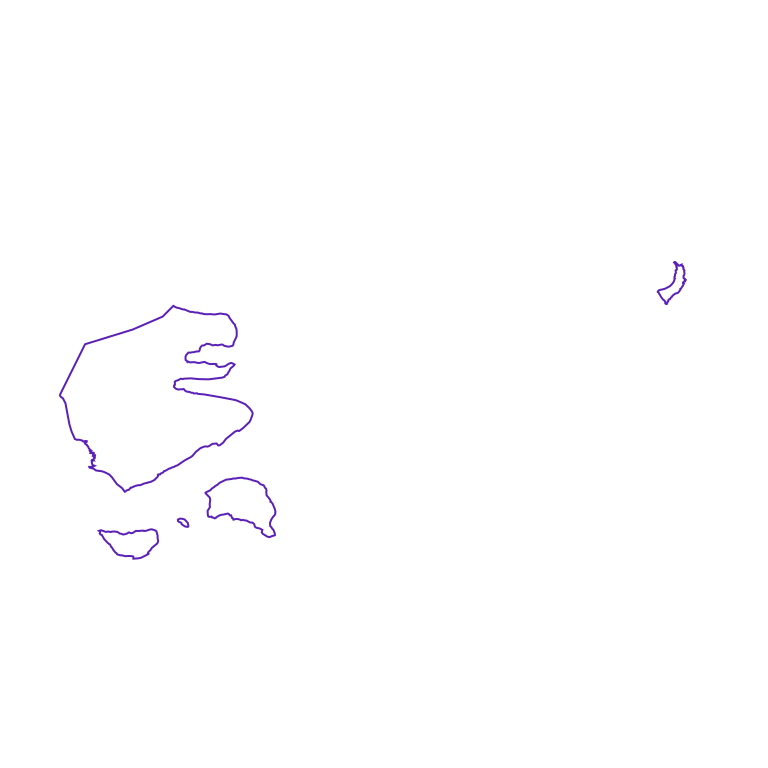 Buton Selatan, Sulawesi Tenggara, Indonesia (Equal Earth projection), rotated 257°
{"feature_id": "22746128B94245100908076", "entity_name": "Buton Selatan", "entity_type": "district", "adm_level": 2, "iso_a3": "IDN", "parent_name": "Indonesia", "parent_adm1": "Sulawesi Tenggara", "projection": "equal_earth", "projection_center": [122.673, -5.852], "detail": "fine", "context": "isolated", "style": "outline", "palette": "violet", "viewbox_px": 768, "rotation_deg": 257, "n_neighbors": 0, "source": "geoboundaries", "source_scale": "gbopen_adm2", "svg_char_len": 6071}
<svg xmlns="http://www.w3.org/2000/svg" viewBox="0 0 768 768"><g transform="rotate(257 384 384)"><path d="M445.5,65.7L444.1,66.3L442.3,67.9L437.0,69.3L415.5,68.4L408.1,68.9L400.0,70.4L398.7,72.2L398.3,74.4L396.8,77.3L396.0,77.5L395.8,78.3L395.4,78.6L395.7,80.1L395.2,81.5L394.5,81.3L394.3,80.1L393.9,79.4L393.6,79.2L392.6,79.6L391.7,80.8L390.9,80.8L389.7,81.6L387.6,81.9L385.5,83.3L385.1,82.2L384.5,82.4L384.3,83.6L382.7,82.4L382.5,82.8L382.6,84.5L381.6,84.7L382.3,85.4L382.2,85.7L382.0,85.8L380.4,84.6L379.9,85.0L379.6,86.4L378.9,86.1L379.5,85.0L379.2,84.3L377.7,85.6L377.4,85.1L376.9,85.4L376.6,85.3L376.5,84.5L375.8,83.6L375.1,83.9L375.7,82.5L375.3,81.9L374.6,81.8L374.1,82.3L373.0,81.5L370.7,81.8L369.4,83.6L368.9,81.1L369.5,78.2L368.7,78.3L366.8,82.0L364.5,84.0L362.5,89.3L361.3,91.4L357.8,95.8L354.6,97.8L346.6,101.2L341.6,105.3L337.3,107.2L338.2,109.4L338.4,111.9L339.9,113.7L339.7,113.9L340.6,118.5L340.7,122.1L340.2,123.5L341.0,127.9L341.0,131.7L341.2,132.2L341.0,134.2L342.1,138.7L344.6,142.6L345.4,143.2L346.3,143.2L346.7,143.7L346.2,145.3L346.9,146.1L347.6,149.1L348.6,150.0L348.6,151.4L350.0,155.9L349.8,156.7L350.4,158.7L350.5,161.1L351.0,162.2L351.2,164.4L354.4,172.6L356.2,179.2L357.0,181.1L360.2,185.4L362.9,191.0L363.5,195.5L362.7,198.0L362.9,199.8L364.3,203.3L363.7,207.5L361.5,208.6L361.2,210.1L363.1,214.2L366.0,217.6L371.1,228.0L371.6,230.9L370.9,231.9L370.8,232.4L373.0,237.2L377.2,244.3L378.9,245.8L383.1,248.6L384.8,249.4L386.7,249.3L390.8,247.4L395.6,244.2L400.9,237.0L402.0,235.1L407.8,221.9L414.4,206.2L416.1,200.7L416.9,199.9L417.2,198.8L417.5,196.7L418.5,195.6L418.8,194.3L419.9,192.9L421.0,190.0L422.5,188.5L423.8,188.1L424.3,187.3L424.1,186.8L424.7,184.1L424.8,182.5L425.9,180.5L427.9,178.9L429.2,178.8L430.0,179.4L430.2,180.1L433.3,180.7L433.9,182.2L434.0,184.3L434.9,187.1L434.0,189.2L434.2,190.0L433.0,196.9L430.4,204.7L428.0,214.2L426.6,227.7L426.9,230.3L427.9,231.2L428.7,233.7L429.6,234.2L431.7,236.4L433.7,237.9L435.4,241.4L436.7,242.8L438.5,240.6L438.9,239.6L438.7,237.5L437.2,233.5L437.1,232.0L437.6,227.4L438.1,226.3L439.8,224.7L440.9,225.2L441.4,224.7L442.6,218.8L444.1,216.3L445.8,214.3L446.0,213.2L446.0,209.3L446.3,207.6L448.0,204.1L448.7,199.9L449.9,198.2L449.6,197.4L450.5,197.3L452.1,196.1L455.2,196.7L456.8,197.9L458.6,200.5L458.1,202.6L458.1,204.2L457.8,205.9L457.9,208.4L457.4,211.0L458.0,211.7L460.8,213.2L462.0,214.7L462.4,215.5L462.1,217.3L463.1,220.3L462.0,223.3L460.2,225.7L460.0,228.7L459.1,230.8L459.0,234.7L458.6,235.7L457.1,237.0L455.7,240.0L455.2,241.6L455.3,244.8L455.8,245.8L458.7,247.2L462.8,250.6L464.1,251.3L467.8,252.2L470.6,252.6L474.0,252.0L475.4,252.1L477.0,251.0L483.1,248.4L485.5,247.8L487.2,246.2L489.5,240.3L489.8,234.7L491.1,230.7L492.2,225.5L493.1,223.3L493.8,222.5L494.1,220.9L495.4,218.9L496.1,216.2L497.6,212.9L497.6,212.2L498.1,211.1L501.7,206.0L501.7,205.4L502.4,203.9L503.6,202.2L505.0,199.2L506.9,196.8L507.5,196.6L507.5,196.3L499.5,183.6L493.6,151.4L490.0,101.7L446.7,66.1L445.5,65.7ZM296.1,182.9L294.4,183.0L293.7,184.3L293.6,186.2L292.8,186.3L292.1,187.7L291.2,188.8L291.2,189.8L292.0,190.8L293.0,194.3L293.1,196.4L292.9,198.4L292.9,202.6L292.7,203.0L292.2,203.6L290.7,204.2L290.5,205.4L287.5,205.9L287.1,206.6L286.4,206.9L285.8,206.7L285.6,207.1L285.8,208.7L285.6,210.3L284.4,213.1L283.4,214.0L283.3,216.1L282.6,217.2L282.0,219.1L279.2,222.4L278.5,224.7L276.7,226.0L274.3,226.1L273.3,226.6L272.5,227.6L271.2,230.4L269.2,232.7L267.0,231.5L265.4,232.1L261.5,236.0L260.5,238.2L260.9,239.9L261.2,243.7L263.0,244.0L266.8,243.4L268.5,242.4L269.8,242.1L271.0,241.2L274.2,241.6L277.3,243.7L279.5,246.0L280.8,247.9L282.0,248.9L282.9,249.0L283.8,249.5L286.6,249.5L292.2,248.6L293.8,247.9L294.8,246.9L295.3,247.3L297.5,246.8L301.9,244.6L305.5,245.0L306.5,245.6L308.6,245.5L309.8,244.6L311.2,244.4L312.4,243.9L314.1,241.1L317.2,239.0L319.3,235.2L319.6,234.3L320.6,233.3L321.4,231.4L322.5,229.6L323.6,226.3L324.7,224.5L325.2,220.9L325.4,217.3L325.9,215.8L325.7,214.5L326.3,208.5L324.8,201.9L323.2,198.8L322.4,196.1L321.9,195.6L320.9,192.8L319.5,190.8L318.5,186.2L318.2,185.6L317.6,185.6L312.7,188.6L310.5,188.7L306.1,187.1L303.2,186.7L300.1,183.6L296.1,182.9ZM305.2,75.4L305.0,73.3L304.2,74.1L303.7,74.2L302.4,73.4L301.3,73.7L300.4,75.1L295.7,76.5L290.8,79.4L289.1,81.0L287.0,81.4L285.7,82.2L283.3,82.9L280.4,84.3L279.0,85.5L278.3,85.6L277.7,86.2L276.4,88.6L275.9,90.3L274.4,93.3L273.8,96.9L272.7,100.4L272.1,100.9L270.2,100.5L269.4,105.3L269.4,108.5L271.2,115.7L271.4,116.1L271.7,115.7L272.1,115.7L273.3,116.7L274.8,119.2L276.5,120.9L279.6,127.1L280.7,128.1L282.0,128.7L283.9,128.6L287.4,129.3L291.4,129.1L292.0,128.9L293.0,127.9L294.6,125.1L294.9,123.5L294.5,119.0L294.8,117.0L295.4,116.2L296.0,111.7L296.7,109.2L295.4,105.7L295.5,103.9L296.7,102.3L296.8,101.7L296.3,100.6L295.9,99.0L296.0,95.9L296.9,94.8L297.7,93.0L300.0,90.8L300.3,89.6L300.9,88.3L301.4,85.7L301.2,84.5L302.2,82.4L302.5,79.7L305.2,75.4ZM413.5,677.7L413.6,673.4L412.6,671.6L412.0,671.5L411.6,672.0L405.8,673.8L403.3,675.0L402.4,676.0L400.6,676.6L399.2,676.2L398.4,677.1L398.3,677.5L400.5,679.1L400.6,679.5L401.7,679.9L402.3,680.6L402.5,681.3L402.3,681.7L403.7,683.0L404.3,684.3L405.1,684.9L406.5,688.0L406.7,690.8L407.2,691.7L409.1,693.9L409.9,694.1L409.8,694.4L412.5,697.3L414.4,698.8L415.2,698.0L415.6,698.2L416.3,699.8L416.2,700.3L417.4,701.3L417.8,700.4L418.8,700.8L420.0,699.7L422.0,700.2L422.5,700.9L424.1,701.7L426.1,701.8L427.0,702.3L428.6,701.5L429.7,702.0L430.2,701.7L431.4,701.9L431.8,701.7L431.9,701.0L432.5,700.6L433.4,700.9L433.2,699.4L432.8,698.7L433.0,697.9L437.1,695.4L437.5,694.6L437.2,694.0L434.8,695.1L432.9,695.5L432.5,695.3L432.4,695.6L429.9,695.2L429.2,694.5L429.3,694.0L429.1,693.7L426.5,693.4L425.3,692.1L423.9,692.0L423.3,691.2L421.9,690.9L421.3,691.2L421.0,690.6L419.7,690.2L418.5,689.3L417.0,687.7L415.0,684.6L413.7,679.6L413.5,677.7ZM298.0,152.6L296.8,152.5L295.9,153.1L294.3,155.3L292.9,155.3L290.4,157.6L289.7,158.5L289.6,159.0L289.0,160.1L289.1,161.2L289.7,161.5L293.0,161.5L296.9,159.2L298.2,156.8L298.7,154.8L298.4,153.0L298.0,152.6Z" fill="none" stroke="#5b21b6" stroke-width="2"/></g></svg>